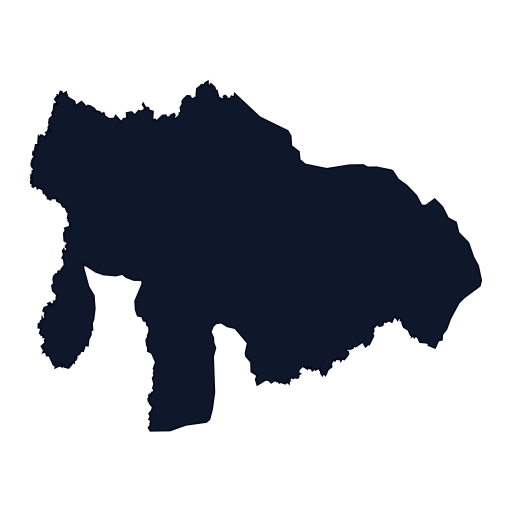 Tha Khantho, Kalasin, Thailand (Equal Earth projection)
{"feature_id": "78962969B25988571892080", "entity_name": "Tha Khantho", "entity_type": "district", "adm_level": 2, "iso_a3": "THA", "parent_name": "Thailand", "parent_adm1": "Kalasin", "projection": "equal_earth", "projection_center": [103.183, 16.877], "detail": "fine", "context": "isolated", "style": "filled", "palette": "ink", "viewbox_px": 512, "rotation_deg": 0, "n_neighbors": 0, "source": "geoboundaries", "source_scale": "gbopen_adm2", "svg_char_len": 5868}
<svg xmlns="http://www.w3.org/2000/svg" viewBox="0 0 512 512"><path d="M148.4,427.8L150.4,430.9L170.1,430.6L185.6,425.0L206.4,422.1L209.6,419.2L212.2,409.2L214.5,392.4L213.2,356.6L215.5,348.0L213.6,342.5L213.3,337.5L210.8,331.9L213.1,326.3L215.8,323.6L221.2,322.7L227.3,326.5L235.1,328.3L247.6,343.1L245.4,353.2L245.9,356.2L250.9,362.1L251.2,371.7L257.0,375.5L255.6,379.5L257.2,385.1L265.5,380.0L268.8,380.3L271.1,382.9L276.2,379.8L276.5,381.5L277.3,380.9L279.2,383.0L280.4,382.2L285.3,383.8L287.5,382.1L288.4,383.1L288.1,381.8L289.1,382.8L289.2,380.5L290.1,380.6L289.5,379.6L291.5,377.2L293.3,378.6L294.1,377.5L297.8,378.2L298.8,376.5L298.4,375.1L300.4,373.8L299.1,373.3L298.4,370.6L302.5,366.2L306.8,368.6L307.4,367.5L307.5,368.9L308.3,368.0L310.2,368.7L310.9,367.4L312.3,370.8L314.5,369.0L315.5,370.0L320.0,368.0L319.8,370.3L320.7,370.3L320.8,373.2L322.4,375.7L323.5,373.1L325.5,375.5L328.1,369.6L331.7,366.9L331.3,363.6L333.3,360.1L335.0,361.0L336.1,359.0L338.2,359.6L339.5,358.3L340.8,361.2L342.1,358.8L344.3,359.6L346.4,357.2L348.6,354.0L348.2,351.6L346.3,351.4L347.2,348.3L349.3,349.4L352.8,348.3L353.8,346.0L355.7,346.7L362.8,342.0L365.5,346.9L368.0,344.4L369.3,344.7L373.6,335.9L372.6,333.4L373.8,331.2L373.4,327.0L374.5,327.3L377.3,324.2L379.3,326.3L382.7,325.4L383.8,321.2L385.6,322.4L389.0,320.7L391.9,322.2L393.8,317.7L395.5,317.2L397.6,320.3L398.6,318.1L400.7,318.7L400.4,320.7L402.3,321.0L402.0,323.0L403.6,327.2L408.1,329.9L410.5,335.1L412.0,335.9L411.7,336.9L413.5,335.8L414.3,337.7L415.2,336.2L417.6,337.2L419.9,342.2L427.1,342.9L428.6,344.0L428.3,345.3L435.1,348.1L438.5,340.6L442.0,339.9L442.4,334.5L446.6,329.1L450.2,319.1L458.8,303.0L464.1,297.7L480.0,285.9L481.3,280.4L478.2,265.7L473.5,257.1L468.5,242.7L458.7,232.7L456.1,222.3L448.1,218.0L442.4,206.7L434.7,199.0L425.8,205.5L421.6,205.3L416.4,195.5L406.5,185.3L398.2,179.3L392.8,171.0L391.1,170.1L376.7,167.2L367.7,167.3L363.3,164.9L349.6,165.1L326.8,168.7L305.1,164.3L299.8,159.7L299.0,151.7L291.4,145.8L290.8,135.9L287.8,130.8L259.9,117.2L234.6,93.5L234.1,97.3L231.4,96.1L229.9,99.5L228.9,98.3L226.3,98.6L226.8,96.9L225.1,95.4L223.4,96.3L224.5,98.6L222.1,98.7L220.9,100.3L220.4,98.0L219.0,98.2L216.9,90.4L215.5,90.3L214.7,87.2L211.3,84.0L210.5,83.8L210.0,85.9L208.2,85.1L208.0,81.1L205.0,83.0L204.5,84.5L200.9,85.0L200.9,87.0L199.7,86.4L196.8,88.8L196.2,95.0L197.2,96.5L194.3,97.7L193.8,99.4L191.0,98.0L190.2,96.0L187.1,95.7L183.1,99.6L182.1,101.4L182.4,104.1L180.3,107.4L181.0,112.2L179.3,113.1L179.2,115.4L175.5,118.7L173.9,117.9L175.0,115.2L174.1,113.6L171.0,114.9L169.4,117.1L166.6,117.2L165.9,115.1L162.5,115.4L156.8,120.9L155.0,119.2L152.5,120.0L153.1,111.4L149.3,110.3L148.4,107.6L145.6,107.5L143.2,103.2L142.5,104.5L144.5,107.7L144.1,109.8L140.7,111.3L138.7,110.5L134.8,115.0L131.6,111.9L126.5,112.9L126.9,118.2L123.6,118.6L121.2,121.7L115.6,115.5L114.3,118.4L109.1,118.7L105.0,116.3L103.8,112.8L101.6,113.8L99.8,111.8L95.8,110.8L94.3,108.4L90.1,105.9L87.8,105.4L85.5,107.2L84.8,105.0L81.5,101.5L75.7,105.8L74.6,101.2L67.9,97.3L66.1,91.9L63.1,94.2L61.7,91.6L60.3,91.4L59.1,95.5L57.2,94.9L58.1,97.5L56.5,96.7L54.6,99.3L56.8,102.1L56.9,104.7L55.9,105.4L55.9,103.4L54.0,104.1L53.4,110.3L51.9,112.9L52.7,115.7L49.4,118.7L48.8,123.0L49.5,124.4L48.2,127.3L50.8,131.5L48.5,131.2L48.0,129.8L47.3,131.8L45.6,132.4L47.1,134.5L45.4,135.7L45.1,137.7L42.1,135.2L40.6,135.1L39.6,137.5L38.5,136.0L37.9,142.7L38.7,144.9L35.6,144.7L34.8,149.2L36.9,149.3L34.2,150.9L34.0,152.7L33.1,151.8L32.7,153.5L33.3,155.7L35.5,157.0L32.8,158.4L31.7,161.0L32.2,162.6L31.1,163.1L31.5,166.4L33.9,169.3L33.6,171.4L32.4,170.8L32.0,174.8L30.8,175.1L31.8,176.5L30.8,177.1L30.8,178.7L31.9,179.4L31.3,180.1L33.3,179.7L30.7,181.9L30.8,183.4L32.6,184.0L32.1,186.4L33.3,187.3L34.6,186.0L36.6,186.2L37.4,188.8L38.6,187.8L42.8,189.8L43.5,193.6L45.7,193.6L46.0,195.5L47.4,196.1L47.5,198.7L48.8,198.5L49.7,200.1L49.5,199.1L50.7,199.8L51.4,198.5L56.6,198.6L56.7,201.0L61.0,203.2L62.7,206.7L65.3,207.5L66.9,211.7L68.4,212.8L67.5,218.3L68.9,218.4L67.9,220.4L69.6,222.6L69.7,226.5L64.6,228.2L65.4,230.4L63.7,233.3L64.2,240.9L66.9,242.3L67.5,244.0L65.6,245.5L65.5,247.4L66.4,247.2L67.1,249.1L66.6,250.4L64.8,251.5L63.7,249.1L62.5,251.0L63.7,254.8L62.0,258.0L63.7,259.3L64.4,265.2L61.1,269.4L61.3,271.3L58.3,271.0L57.4,274.2L56.0,273.8L53.8,276.0L53.1,278.9L53.7,283.9L51.8,285.6L52.7,290.8L56.7,294.8L55.9,301.0L53.5,301.3L54.2,303.9L52.0,303.9L51.6,305.1L49.9,302.5L47.8,303.5L48.7,304.4L48.4,305.9L44.1,307.7L43.0,310.9L45.5,312.9L44.5,314.5L45.1,318.7L43.9,319.6L42.2,317.2L42.2,320.1L40.9,320.5L39.6,323.9L38.4,323.9L38.2,327.8L41.1,328.3L39.6,333.2L41.4,335.4L43.3,335.2L43.0,337.5L45.0,337.4L45.7,339.0L44.5,340.1L45.2,342.6L41.3,346.3L43.8,350.6L42.8,352.7L45.6,351.8L46.6,355.7L49.2,355.7L53.4,364.9L55.5,365.9L55.1,367.9L59.5,365.9L61.2,366.6L62.1,364.5L62.7,366.9L64.0,365.2L64.8,367.2L68.6,368.1L70.5,365.8L69.8,364.8L70.4,363.5L71.2,363.7L71.2,365.5L72.9,362.3L74.3,363.1L74.4,360.7L76.2,359.7L75.5,358.1L76.9,357.9L76.4,356.0L79.7,353.9L81.0,350.9L83.3,351.3L85.2,345.1L88.0,345.9L88.7,339.3L91.0,334.9L91.0,330.5L92.6,330.0L92.1,323.4L93.6,319.3L94.9,308.7L93.9,295.5L88.7,286.9L83.6,268.2L83.8,264.3L95.9,272.0L103.4,274.6L115.9,275.7L122.4,274.1L126.1,277.2L134.0,280.2L141.2,280.2L142.4,282.2L141.6,285.4L135.0,301.1L135.6,309.9L137.6,315.8L142.0,316.7L143.5,320.8L146.2,321.3L146.9,325.2L148.9,326.9L149.1,331.5L147.6,335.8L148.2,336.1L146.1,340.0L146.8,345.7L147.7,346.2L147.7,351.2L151.6,353.0L155.7,362.1L153.4,368.8L154.4,370.2L153.5,373.2L154.2,375.7L152.5,377.9L154.0,384.1L152.7,388.5L153.9,389.0L153.7,391.8L151.7,392.4L151.2,395.0L150.2,394.2L150.2,395.4L148.8,395.2L149.1,397.9L148.0,398.7L148.5,401.6L149.6,401.6L149.5,403.4L152.7,407.3L151.4,410.9L149.0,413.5L150.3,416.5L148.9,419.2L150.0,419.6L150.9,423.0L150.0,423.6L150.4,425.1L148.4,427.8Z" fill="#0f172a" stroke="#020617" stroke-width="1.5"/></svg>